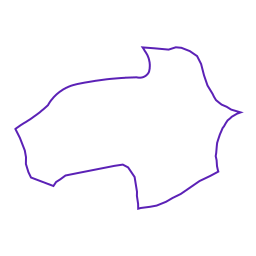 Dumyat 1, Dumyat, Egypt
{"feature_id": "37247803B95914699067070", "entity_name": "Dumyat 1", "entity_type": "district", "adm_level": 2, "iso_a3": "EGY", "parent_name": "Egypt", "parent_adm1": "Dumyat", "projection": "robinson", "projection_center": [31.808, 31.407], "detail": "fine", "context": "isolated", "style": "outline", "palette": "violet", "viewbox_px": 256, "rotation_deg": 0, "n_neighbors": 0, "source": "geoboundaries", "source_scale": "gbopen_adm2", "svg_char_len": 2425}
<svg xmlns="http://www.w3.org/2000/svg" viewBox="0 0 256 256"><path d="M240.6,112.4L231.2,109.6L226.7,106.8L221.6,104.6L219.4,102.9L216.0,100.1L215.7,99.6L214.3,97.3L213.9,96.6L212.6,93.9L207.5,85.5L204.0,75.3L201.1,64.0L197.1,56.1L189.8,51.1L181.4,47.8L175.8,47.3L168.6,49.6L154.4,48.3L142.6,47.4L142.8,47.7L143.2,48.2L144.2,49.9L144.9,51.1L145.0,51.3L145.7,52.2L146.0,52.7L146.2,53.1L146.7,53.9L147.0,54.4L147.2,54.8L147.7,55.7L147.8,56.2L148.0,56.6L148.4,57.6L148.6,58.1L148.7,58.5L149.0,59.5L149.1,60.0L149.2,60.5L149.4,61.5L149.5,61.9L149.6,62.4L149.7,63.4L149.7,63.9L149.8,64.4L149.8,65.4L149.8,65.9L149.8,66.4L149.7,67.4L149.7,67.9L149.7,68.3L149.5,69.4L149.4,69.9L149.3,70.4L149.1,71.4L149.0,71.7L148.8,72.2L148.5,72.8L148.1,73.3L147.7,73.9L147.3,74.4L146.8,74.8L146.3,75.3L146.1,75.5L145.8,75.7L145.3,76.1L145.0,76.2L144.7,76.4L144.1,76.7L143.5,77.0L142.9,77.2L142.2,77.4L141.6,77.5L141.0,77.6L140.3,77.7L139.6,77.7L139.3,77.7L139.0,77.7L138.3,77.6L137.7,77.5L137.4,77.5L137.1,77.4L136.8,77.3L125.8,77.7L125.4,77.7L125.0,77.8L121.3,78.0L117.6,78.3L113.9,78.6L110.3,78.9L106.6,79.3L102.9,79.8L99.3,80.3L95.6,80.8L95.3,80.8L95.0,80.9L92.0,81.4L88.4,82.0L84.7,82.6L81.1,83.3L77.5,84.0L76.3,84.3L76.2,84.3L74.8,84.7L73.5,85.0L72.2,85.4L70.9,85.8L69.7,86.3L68.4,86.8L67.2,87.4L66.0,87.9L64.8,88.6L63.6,89.2L62.5,89.9L61.4,90.7L60.3,91.4L59.2,92.2L58.1,93.1L57.1,93.9L56.1,94.8L55.6,95.3L55.1,95.8L54.2,96.7L53.7,97.2L53.3,97.7L52.4,98.8L52.0,99.3L51.5,99.8L50.7,100.9L50.3,101.4L49.9,102.0L49.2,103.1L48.8,103.7L48.5,104.3L47.9,105.3L47.5,105.6L47.1,106.0L45.3,107.6L43.5,109.2L41.6,110.7L39.8,112.3L37.8,113.8L35.9,115.2L33.9,116.6L32.0,118.0L30.0,119.4L27.9,120.7L25.9,122.0L23.8,123.2L22.4,124.1L20.8,125.1L18.4,126.8L16.1,128.4L15.6,128.8L15.4,129.0L19.9,137.9L21.3,141.5L24.8,150.5L26.0,157.2L25.9,164.0L28.4,172.1L31.0,177.5L53.4,186.0L56.1,182.0L60.2,179.4L65.5,175.5L77.5,173.1L114.7,165.8L114.8,165.8L122.8,164.6L128.1,167.4L134.6,177.0L137.0,191.8L136.9,195.8L138.1,203.9L138.2,208.7L140.7,208.0L150.0,206.8L156.6,205.6L166.0,201.8L172.7,197.9L180.7,194.0L199.6,181.0L210.3,175.9L218.3,171.6L217.8,169.8L217.0,166.1L216.6,160.2L215.7,156.1L216.2,153.0L216.7,147.1L217.0,144.0L217.1,143.5L217.1,143.0L218.1,139.8L219.0,137.1L219.9,134.4L221.3,131.2L222.6,128.1L224.0,126.3L225.8,123.1L227.6,120.4L230.3,118.2L231.7,116.8L234.8,115.0L237.0,113.7L240.6,112.4Z" fill="none" stroke="#5b21b6" stroke-width="2"/></svg>